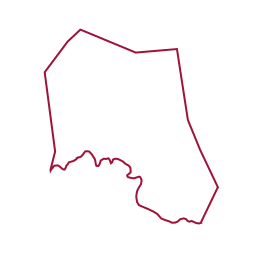 Mo'ron, Hövsgöl, Mongolia, rotated 353°
{"feature_id": "93677404B66581444592765", "entity_name": "Mo'ron", "entity_type": "district", "adm_level": 2, "iso_a3": "MNG", "parent_name": "Mongolia", "parent_adm1": "Hövsgöl", "projection": "albers", "projection_center": [100.131, 49.637], "detail": "fine", "context": "isolated", "style": "outline", "palette": "rose", "viewbox_px": 256, "rotation_deg": 353, "n_neighbors": 0, "source": "geoboundaries", "source_scale": "gbopen_adm2", "svg_char_len": 1477}
<svg xmlns="http://www.w3.org/2000/svg" viewBox="0 0 256 256"><g transform="rotate(353 128 128)"><path d="M188.8,231.0L188.7,230.9L209.9,197.8L210.0,197.8L196.6,157.5L196.6,157.3L188.4,127.3L188.4,127.1L186.2,55.6L144.9,54.1L92.8,24.6L92.7,24.6L79.1,34.5L78.9,34.6L52.1,62.5L52.8,142.5L46.0,160.0L46.0,160.4L46.0,160.8L46.9,159.6L48.4,158.3L50.1,156.5L52.1,156.5L53.5,156.5L54.8,157.2L56.5,159.0L57.5,160.1L58.6,161.2L60.0,161.5L60.7,160.7L61.6,159.4L62.3,157.8L63.7,156.7L65.1,154.9L67.1,154.5L69.5,154.2L70.9,153.6L73.0,152.7L73.3,151.7L75.1,151.4L74.0,151.3L75.1,151.1L76.7,151.1L78.4,150.3L80.4,148.5L81.3,147.4L82.8,146.0L85.2,146.2L86.7,146.7L87.8,148.3L88.8,149.6L91.2,154.7L91.5,156.3L91.6,158.9L91.8,161.3L92.6,162.0L94.1,162.0L95.6,160.0L96.9,157.1L98.3,156.3L100.5,155.5L102.2,156.1L104.8,155.7L105.7,156.9L106.0,157.9L106.8,160.9L108.1,160.1L109.4,157.4L112.0,156.9L114.8,157.9L119.0,160.7L120.7,162.9L123.9,165.3L125.4,167.3L125.5,170.0L125.1,172.5L123.2,173.7L121.5,174.7L121.4,175.4L122.0,176.8L125.0,177.9L127.5,178.7L129.2,178.4L133.0,177.6L134.2,178.3L135.2,181.5L134.1,185.2L132.0,187.8L129.7,191.1L129.0,192.8L128.3,195.1L127.8,197.6L128.0,202.6L129.4,205.8L131.4,207.1L138.1,210.9L143.5,214.4L146.6,216.9L149.9,221.8L153.8,224.0L157.2,225.5L159.9,227.3L163.0,227.7L166.0,226.9L168.7,224.9L172.3,224.5L174.5,225.5L175.8,227.5L177.5,228.5L179.8,228.0L181.9,229.3L184.2,230.7L186.9,231.4L188.8,231.0Z" fill="none" stroke="#9f1239" stroke-width="2"/></g></svg>